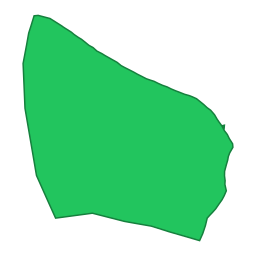 outline of Independence City, Castries, Saint Lucia
{"feature_id": "8701671B64940786723478", "entity_name": "Independence City", "entity_type": "district", "adm_level": 2, "iso_a3": "LCA", "parent_name": "Saint Lucia", "parent_adm1": "Castries", "projection": "natural_earth1", "projection_center": [-60.978, 14.002], "detail": "fine", "context": "isolated", "style": "filled", "palette": "green", "viewbox_px": 256, "rotation_deg": 0, "n_neighbors": 0, "source": "geoboundaries", "source_scale": "gbopen_adm2", "svg_char_len": 1181}
<svg xmlns="http://www.w3.org/2000/svg" viewBox="0 0 256 256"><path d="M221.8,125.8L219.0,122.0L217.1,119.2L214.5,114.7L210.6,110.2L207.0,107.6L203.7,104.5L200.1,101.6L196.5,98.7L192.3,96.8L189.3,95.6L184.6,94.3L179.1,92.1L175.6,90.8L171.1,88.9L167.1,86.9L162.5,85.3L158.0,83.3L154.0,81.3L150.5,80.2L146.2,78.7L141.6,76.3L137.4,74.2L133.7,72.1L128.8,69.6L124.8,67.6L121.1,65.6L117.2,62.4L111.5,59.2L105.1,55.6L102.2,53.8L96.8,51.0L93.2,47.7L88.9,45.3L81.5,39.3L78.3,37.4L74.1,34.5L71.4,32.2L65.2,28.3L63.2,27.0L62.0,26.1L50.0,18.5L38.2,15.4L34.1,15.8L31.0,25.9L28.7,33.1L26.6,44.9L23.1,63.5L23.9,82.1L25.0,108.3L34.9,166.1L35.2,168.0L36.5,175.5L48.6,202.6L55.6,218.1L60.3,217.5L65.5,216.8L92.4,213.2L124.5,221.4L135.1,223.3L151.2,226.1L166.2,230.8L168.6,231.6L199.6,240.6L202.7,233.7L203.9,230.1L205.4,225.6L207.2,218.1L210.1,214.9L212.6,212.3L215.7,208.8L218.8,204.3L222.0,199.8L224.2,195.7L226.3,190.8L224.9,184.4L225.1,180.6L224.5,175.8L224.6,171.3L226.3,164.9L227.7,160.1L228.3,156.6L229.7,152.9L232.9,147.3L232.6,143.8L229.3,138.6L227.3,134.5L224.4,130.7L221.8,125.8ZM221.8,125.8L224.1,128.5L224.4,125.2L221.8,125.8Z" fill="#22c55e" stroke="#15803d" stroke-width="1.5"/></svg>